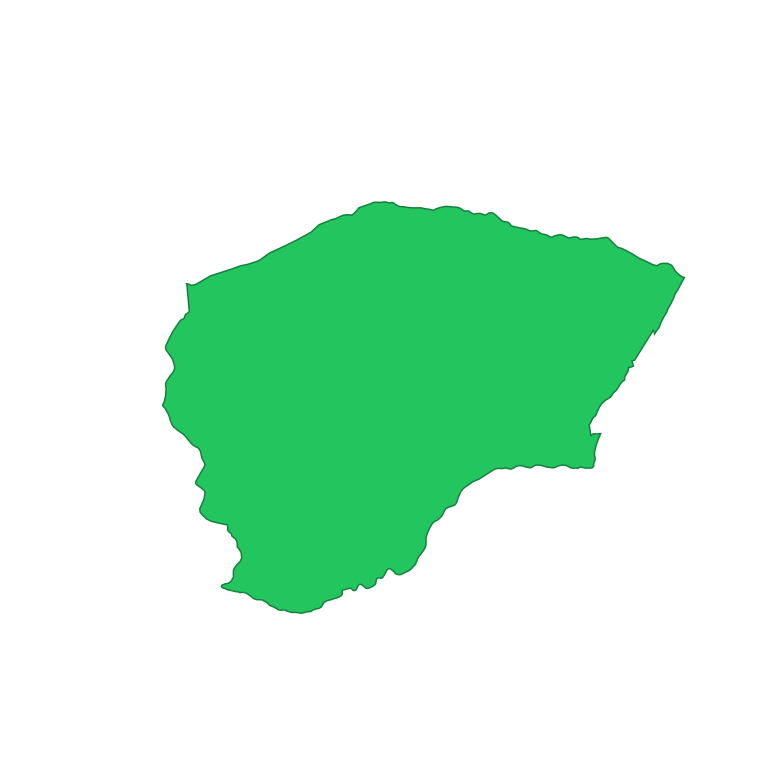 El Dorado, Meta, Colombia (orthographic projection), rotated 304°
{"feature_id": "7082276B12851519392176", "entity_name": "El Dorado", "entity_type": "district", "adm_level": 2, "iso_a3": "COL", "parent_name": "Colombia", "parent_adm1": "Meta", "projection": "orthographic", "projection_center": [-73.836, 3.709], "detail": "fine", "context": "isolated", "style": "filled", "palette": "green", "viewbox_px": 768, "rotation_deg": 304, "n_neighbors": 0, "source": "geoboundaries", "source_scale": "gbopen_adm2", "svg_char_len": 6171}
<svg xmlns="http://www.w3.org/2000/svg" viewBox="0 0 768 768"><g transform="rotate(304 384 384)"><path d="M177.6,301.0L174.8,303.4L173.8,306.8L172.9,312.1L173.6,317.5L175.5,322.8L178.8,331.2L179.7,332.6L177.6,334.9L175.4,336.0L174.6,338.3L174.6,340.9L172.8,343.2L172.5,347.8L170.6,350.8L166.9,353.4L166.0,356.4L164.4,359.8L160.2,363.3L156.5,364.0L152.7,363.2L148.1,362.9L144.8,363.6L139.8,367.1L137.1,367.4L134.3,367.4L131.6,366.3L129.4,364.0L126.9,362.3L125.2,362.3L124.7,363.7L125.5,366.7L126.0,369.5L127.3,372.6L128.9,377.0L130.1,379.2L130.5,381.2L131.9,382.8L132.9,384.5L133.6,386.9L133.6,393.1L133.3,394.7L133.4,396.6L133.9,398.8L135.3,400.9L137.1,404.3L136.9,405.6L137.3,408.1L137.3,409.9L136.7,411.9L136.6,413.6L137.2,415.9L137.6,418.6L137.8,420.7L137.7,422.0L137.9,423.2L138.3,424.1L139.1,425.4L141.1,427.8L141.4,428.8L141.4,430.5L143.1,435.5L144.5,437.3L145.4,438.8L147.4,442.9L148.3,444.3L151.8,447.3L154.7,450.8L157.0,451.5L158.3,452.6L159.2,453.1L160.8,454.8L162.1,455.8L163.8,456.6L169.2,456.5L169.8,456.6L171.6,457.4L172.6,458.0L175.5,460.7L178.0,462.5L179.2,463.7L182.2,465.8L183.9,466.6L184.6,466.9L186.3,466.9L187.4,466.4L188.9,465.1L189.3,465.0L190.2,465.1L192.9,467.6L195.1,469.4L196.1,470.6L196.2,471.4L195.8,472.4L195.6,473.9L195.9,474.5L196.9,475.7L198.2,476.0L199.6,475.9L200.7,475.5L203.1,475.2L203.5,475.3L204.5,476.2L205.0,477.1L205.1,478.5L205.1,480.0L204.6,482.2L204.7,483.4L205.0,484.1L205.6,484.9L206.4,485.6L209.4,487.5L211.5,488.4L212.8,488.7L213.9,488.7L216.9,487.3L217.8,487.0L218.8,487.0L219.9,487.5L220.3,488.0L220.7,488.5L221.4,490.3L221.8,490.8L223.8,491.1L225.3,491.1L228.3,490.9L230.7,490.5L231.5,490.5L232.4,490.6L233.3,491.1L233.7,491.4L234.1,492.0L234.2,493.1L234.1,496.4L233.8,497.8L233.3,498.9L233.2,499.6L233.4,500.9L234.1,502.7L234.8,503.8L235.8,504.8L236.9,505.4L241.1,507.7L242.3,508.6L243.7,509.2L246.2,510.0L252.1,510.9L259.4,509.3L266.5,509.8L269.9,509.8L271.4,509.6L273.1,509.2L274.6,508.5L279.3,505.3L282.0,504.1L285.5,503.2L288.9,502.6L292.5,502.2L296.1,502.1L298.8,503.0L300.1,503.9L301.8,504.7L305.4,505.5L307.8,505.7L310.5,505.4L313.0,504.9L315.4,505.1L317.6,506.2L322.9,510.1L323.6,510.4L324.9,510.5L327.1,510.3L331.4,509.0L338.0,507.9L340.8,508.1L343.4,508.7L349.9,511.3L353.0,512.4L358.2,515.9L373.5,522.5L376.0,523.9L378.1,526.1L379.5,528.6L380.9,530.3L381.9,531.1L382.5,531.9L383.8,535.6L384.9,537.3L387.2,538.6L389.6,539.6L391.9,541.6L393.4,544.1L393.8,545.7L394.7,548.4L395.7,550.8L396.6,552.5L398.5,553.5L400.9,554.6L402.5,556.3L404.3,559.5L406.2,565.5L409.1,571.2L411.0,572.8L413.4,574.1L415.5,576.1L417.3,578.3L418.3,580.4L418.8,583.6L419.0,586.1L420.0,588.1L421.1,589.3L422.0,590.5L422.2,591.5L423.2,592.3L424.4,592.6L425.0,593.3L425.8,594.9L426.4,596.8L427.1,598.4L428.9,600.8L429.8,602.3L430.7,603.2L432.0,603.8L433.4,603.6L434.1,603.2L434.7,602.5L438.6,601.6L439.5,601.2L440.7,600.6L441.2,599.8L442.2,598.8L443.5,597.7L445.4,596.6L448.9,595.2L451.5,594.2L457.3,592.7L464.0,591.4L461.5,588.2L460.0,585.7L459.1,585.0L456.9,584.4L465.0,576.9L465.9,577.1L467.5,577.0L471.0,576.3L473.0,576.3L474.0,576.3L475.5,577.0L477.2,577.0L481.3,576.0L482.3,576.0L484.7,575.5L487.3,575.6L488.4,575.3L494.5,576.7L499.2,578.9L501.3,579.4L503.5,579.1L505.0,579.2L508.5,580.1L512.2,580.1L515.0,579.9L519.6,580.2L521.9,581.3L523.7,579.9L525.5,579.5L530.2,579.3L531.8,578.8L534.6,577.5L534.9,578.3L538.2,580.8L541.9,576.7L543.8,578.4L579.0,577.2L578.6,578.2L578.0,579.1L576.8,580.3L581.4,580.2L584.2,580.5L585.2,580.4L590.4,579.1L597.1,578.4L601.8,578.2L605.0,577.4L610.8,577.0L618.9,575.7L621.7,575.0L626.0,574.9L640.2,573.5L639.5,570.9L639.7,566.8L640.5,562.2L642.5,558.2L643.3,556.1L642.5,551.5L639.9,547.7L637.9,545.7L634.7,544.1L633.3,540.4L632.3,533.2L630.9,524.5L630.7,517.1L629.9,508.8L629.3,505.1L628.2,502.2L628.1,500.0L630.2,489.8L630.4,487.9L630.1,486.8L629.4,485.7L623.6,479.5L621.6,477.1L619.3,473.7L618.2,471.0L617.4,470.0L614.0,466.3L613.6,465.2L613.9,463.7L613.7,461.9L612.3,459.4L610.6,457.7L608.7,456.1L608.2,455.1L607.4,449.0L606.4,446.6L605.5,445.6L602.2,442.6L599.7,441.3L598.7,439.5L598.7,436.3L597.6,433.2L596.4,430.3L596.5,424.7L595.7,423.3L593.8,421.5L592.4,419.0L591.9,415.5L591.2,413.2L589.0,408.8L588.5,406.9L587.1,403.7L586.5,401.5L586.6,400.3L587.1,399.0L587.4,397.9L587.4,396.7L587.1,395.3L585.7,393.0L585.2,390.1L586.5,382.8L586.6,378.8L586.3,377.7L585.4,376.3L584.6,375.5L581.2,373.9L580.6,373.4L580.2,372.5L579.4,368.9L578.8,367.7L576.9,365.4L575.3,364.0L574.9,363.1L574.7,362.1L574.8,358.4L574.6,357.1L572.6,354.2L572.3,353.1L572.4,349.6L571.8,346.8L571.2,345.4L569.2,342.2L568.1,339.6L565.2,335.2L562.3,332.4L558.6,329.4L555.7,328.0L554.1,323.7L552.1,319.7L551.0,316.8L550.2,315.3L546.4,309.9L543.7,305.0L541.7,300.8L540.2,298.4L539.6,296.7L539.3,294.9L539.4,290.1L539.0,289.2L537.4,287.5L536.8,286.6L535.7,283.1L534.8,282.0L533.4,280.6L532.2,278.9L529.6,274.8L528.2,273.4L526.2,272.3L516.6,265.0L515.3,264.5L512.8,264.5L507.6,263.6L506.3,262.9L505.5,262.0L503.8,258.9L501.2,255.9L497.9,253.7L493.9,251.4L490.9,248.6L479.6,241.1L469.0,238.6L454.4,231.1L439.6,222.6L428.6,215.8L416.5,211.5L407.7,204.7L401.3,198.6L394.9,194.0L376.5,179.6L362.8,173.0L360.9,171.9L360.1,171.3L358.3,169.5L357.8,168.2L357.7,166.4L356.6,164.2L355.5,165.6L335.3,182.0L332.8,181.5L331.0,180.7L330.2,180.6L328.9,181.0L327.8,181.4L326.3,181.4L325.7,181.3L325.0,180.6L323.4,179.8L322.2,179.6L311.8,179.5L308.8,179.6L301.5,180.5L293.5,181.8L291.9,182.7L290.8,183.6L289.2,187.4L287.5,192.1L285.9,195.4L284.5,197.1L281.7,200.3L280.3,201.4L279.2,201.9L277.3,202.3L274.9,202.5L270.5,202.1L265.2,202.2L263.3,202.4L261.8,202.9L258.1,206.1L251.9,209.6L246.5,211.7L243.3,212.1L242.4,212.7L242.0,213.3L241.6,215.4L241.1,216.8L238.1,222.5L236.8,224.4L234.8,226.6L231.7,231.1L230.7,234.0L230.6,235.9L230.3,239.7L230.2,245.4L229.4,249.6L228.0,253.8L226.6,258.7L226.5,260.5L227.0,264.9L226.9,266.1L226.4,267.8L225.6,269.3L224.2,271.0L223.1,271.9L220.6,274.7L218.0,279.6L217.2,280.5L214.7,281.3L208.3,281.6L199.9,282.4L198.2,282.5L197.2,282.9L196.2,283.5L195.8,284.5L195.5,291.9L195.3,293.5L195.1,294.6L194.7,295.4L193.8,296.4L190.0,298.3L187.6,299.2L177.6,301.0Z" fill="#22c55e" stroke="#15803d" stroke-width="1.5"/></g></svg>